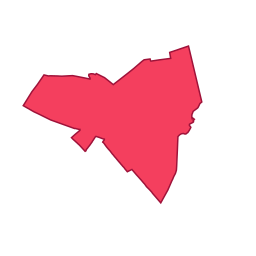 the district of Santa Gertrudis, Oaxaca, Mexico, rotated 337°
{"feature_id": "50627088B89208011470792", "entity_name": "Santa Gertrudis", "entity_type": "district", "adm_level": 2, "iso_a3": "MEX", "parent_name": "Mexico", "parent_adm1": "Oaxaca", "projection": "natural_earth1", "projection_center": [-96.798, 16.776], "detail": "fine", "context": "isolated", "style": "filled", "palette": "rose", "viewbox_px": 256, "rotation_deg": 337, "n_neighbors": 0, "source": "geoboundaries", "source_scale": "gbopen_adm2", "svg_char_len": 2958}
<svg xmlns="http://www.w3.org/2000/svg" viewBox="0 0 256 256"><g transform="rotate(337 128 128)"><path d="M195.9,74.7L194.5,80.6L183.4,77.5L175.3,75.4L175.0,75.1L175.3,73.1L169.5,71.5L166.7,72.2L156.1,75.6L149.3,77.5L133.2,81.8L131.4,82.3L126.1,72.5L120.1,65.5L118.8,66.1L117.2,64.6L115.2,63.6L113.0,63.3L112.4,64.3L112.3,65.4L112.6,67.3L112.1,68.1L108.4,65.5L106.2,64.0L105.6,63.6L100.9,60.4L97.4,58.1L87.2,54.4L83.3,52.5L76.9,49.6L75.1,49.0L71.4,46.3L61.7,52.5L53.8,57.0L40.3,66.5L47.8,76.4L50.7,79.6L60.0,90.4L78.6,107.6L79.4,107.9L79.7,108.1L80.3,108.6L82.2,110.0L82.4,110.2L82.7,110.3L83.2,110.5L82.8,111.4L77.2,113.1L72.2,114.8L73.0,116.9L74.4,119.9L74.7,120.6L75.5,122.3L75.6,122.5L75.8,123.1L76.1,123.7L76.3,124.1L76.7,125.0L79.4,132.7L80.0,132.6L80.5,132.5L80.9,131.8L81.5,131.4L81.9,131.2L82.4,131.0L82.5,130.9L83.3,130.5L83.5,130.3L84.6,129.7L84.8,129.6L85.0,129.5L85.8,129.1L86.9,128.4L87.4,128.1L89.2,127.0L89.4,126.9L89.8,126.6L90.1,126.3L90.4,126.1L90.7,125.9L91.1,125.7L94.3,123.5L95.2,123.2L97.7,125.3L100.3,127.8L100.5,128.0L101.9,129.0L101.6,129.6L101.2,129.8L100.8,130.1L100.5,130.3L100.1,130.4L99.8,130.7L99.5,130.9L99.4,130.9L99.3,131.1L99.2,131.2L99.6,131.8L99.9,132.7L100.2,133.9L100.2,134.2L100.4,135.0L100.6,135.9L100.8,136.7L101.1,137.8L101.4,138.7L101.6,139.5L101.8,140.0L102.0,140.5L102.1,141.0L102.3,141.5L102.5,142.0L103.0,144.0L103.5,146.0L104.0,147.3L104.1,148.1L104.3,148.4L104.4,148.7L104.5,149.4L104.6,149.6L104.9,150.3L105.0,150.7L105.1,151.1L105.2,151.4L105.3,151.6L105.4,152.1L105.5,152.3L105.5,152.5L105.6,152.8L105.8,153.1L105.8,153.4L105.9,153.6L106.0,154.0L106.1,154.4L106.2,154.8L106.3,155.0L106.4,155.4L106.5,155.7L106.6,155.8L106.6,156.0L106.8,156.5L106.9,156.9L107.0,157.1L107.0,157.3L107.1,157.5L107.2,157.9L107.4,158.6L107.6,159.2L107.7,159.4L107.8,159.8L108.0,160.2L108.0,160.5L108.2,161.1L108.3,161.5L108.5,161.8L108.6,162.1L108.8,162.7L109.0,163.1L109.0,163.6L109.1,164.1L110.3,168.0L115.4,167.7L117.4,174.1L118.7,177.8L118.9,178.5L119.7,180.8L121.0,185.0L121.3,185.6L122.1,189.2L123.4,192.4L123.8,193.4L124.9,196.6L125.0,197.5L128.9,209.7L140.4,200.7L148.1,193.4L148.4,193.2L149.1,192.6L151.0,190.7L152.7,189.3L153.0,189.1L153.8,188.4L154.2,188.0L156.1,185.7L158.0,181.9L161.8,173.9L164.5,168.3L167.7,161.5L170.6,155.4L173.0,154.4L174.0,154.3L174.8,154.2L175.1,154.2L176.9,154.7L177.2,155.1L177.4,155.2L177.6,155.3L177.7,155.5L178.1,155.8L178.5,155.9L178.7,156.0L178.9,156.0L179.1,156.1L179.7,155.9L180.9,155.6L181.2,155.6L181.4,155.5L181.8,155.2L182.3,154.9L183.5,154.1L186.0,152.1L186.1,151.7L185.9,150.7L185.7,150.3L185.5,149.7L186.0,148.6L186.4,148.5L186.9,148.4L187.5,148.4L188.4,148.3L189.3,148.3L189.6,148.3L190.6,148.0L191.1,147.2L190.8,146.9L191.6,146.3L192.5,145.9L191.5,144.1L190.7,144.6L190.8,143.4L191.3,142.2L192.0,140.7L193.3,139.4L194.5,138.1L199.9,136.8L200.7,136.3L202.9,134.4L203.7,133.6L206.1,132.9L215.7,76.2L195.9,74.7Z" fill="#f43f5e" stroke="#9f1239" stroke-width="1.5"/></g></svg>